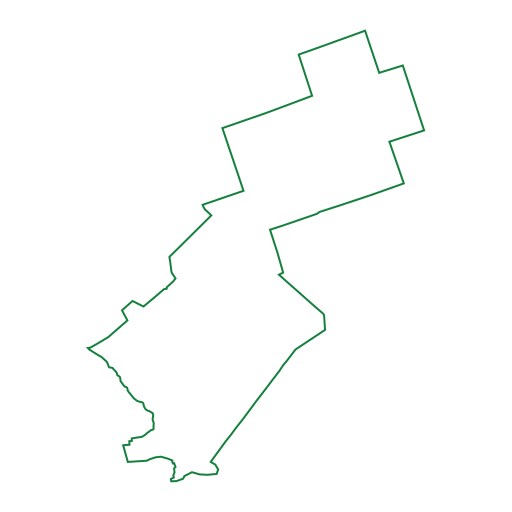 Saelele, Teleorman, Romania (Albers equal-area conic projection)
{"feature_id": "2599482B33376379062775", "entity_name": "Saelele", "entity_type": "district", "adm_level": 2, "iso_a3": "ROU", "parent_name": "Romania", "parent_adm1": "Teleorman", "projection": "albers", "projection_center": [24.736, 43.872], "detail": "fine", "context": "isolated", "style": "outline", "palette": "green", "viewbox_px": 512, "rotation_deg": 0, "n_neighbors": 0, "source": "geoboundaries", "source_scale": "gbopen_adm2", "svg_char_len": 2629}
<svg xmlns="http://www.w3.org/2000/svg" viewBox="0 0 512 512"><path d="M123.2,445.3L127.8,461.9L131.8,461.7L137.4,461.3L141.3,461.1L146.9,460.7L148.4,459.9L148.6,459.8L150.0,459.1L153.2,458.1L155.6,457.3L161.0,456.7L167.7,458.6L172.4,460.5L172.2,461.8L173.0,463.5L174.1,463.2L175.5,466.9L174.1,468.4L174.5,472.6L173.3,475.4L173.8,477.5L170.8,479.1L171.3,481.3L176.5,481.1L183.1,478.7L184.4,476.1L185.2,475.7L192.0,472.2L199.7,474.4L207.7,474.8L213.8,474.2L214.0,474.2L215.5,474.1L216.5,474.0L216.8,473.4L218.2,469.5L215.3,464.6L210.7,461.9L225.7,441.3L230.7,435.1L236.2,427.6L242.1,420.2L247.1,413.5L256.8,400.4L259.7,396.7L263.1,392.3L269.2,384.3L273.4,378.7L276.1,375.2L279.6,370.6L282.8,365.7L287.0,360.6L295.5,349.5L325.0,329.9L325.0,329.5L324.1,315.2L323.2,313.7L313.2,305.1L304.1,297.0L278.9,274.7L279.2,274.5L283.1,272.7L282.7,271.0L277.3,252.2L270.3,230.6L270.0,229.7L280.9,226.2L304.2,218.2L316.7,213.9L319.5,212.0L319.6,211.9L320.6,211.6L334.9,207.0L338.1,206.0L363.6,197.5L372.0,194.7L394.0,186.9L403.8,183.4L389.4,141.7L423.5,130.6L424.1,130.4L413.0,96.6L402.8,65.5L379.2,72.8L368.5,41.0L365.1,30.7L320.3,46.9L299.7,54.2L298.7,54.6L311.6,94.3L312.1,95.8L266.6,112.8L244.4,120.5L222.7,128.0L222.4,128.1L243.2,189.9L243.5,190.8L203.2,204.6L202.6,204.9L203.8,207.6L205.3,209.9L206.5,210.8L211.3,215.4L182.6,243.9L169.7,256.6L169.4,257.0L170.1,261.2L170.2,261.7L171.4,271.6L172.0,273.2L175.5,278.4L173.4,281.2L170.8,283.6L167.3,286.8L166.7,287.3L166.7,288.7L163.9,289.2L155.4,296.6L143.5,306.5L132.5,301.0L123.7,308.8L122.0,310.3L126.1,317.9L127.4,320.4L108.3,337.1L96.4,344.2L90.2,347.7L87.9,348.0L88.5,348.7L89.5,349.7L91.0,350.6L92.7,351.7L98.3,355.2L101.4,356.9L102.5,357.9L103.6,358.9L106.7,361.7L107.9,364.1L108.7,366.6L108.9,367.0L109.5,367.4L111.7,367.7L112.5,367.9L113.4,369.1L115.0,370.7L115.9,371.6L116.8,373.0L117.2,374.7L117.5,375.3L119.3,376.4L119.8,376.9L120.3,378.5L120.5,380.5L120.7,381.4L121.4,382.3L124.0,385.8L124.5,386.5L126.2,387.0L127.2,387.9L127.5,389.1L127.6,390.3L128.6,391.9L130.2,393.8L132.2,396.3L133.8,398.3L137.1,400.9L140.2,402.0L142.0,402.2L143.0,402.9L143.4,403.8L143.9,406.1L144.5,407.5L145.0,408.3L145.9,409.6L146.8,410.1L147.8,410.7L149.2,411.1L150.5,411.8L152.0,412.8L152.8,413.4L153.2,414.7L153.0,417.1L152.6,418.8L152.8,420.0L152.9,420.8L153.3,421.5L153.7,422.9L153.6,425.6L153.5,426.7L153.6,428.1L153.6,428.9L153.2,429.4L152.2,429.8L151.0,430.2L149.6,431.2L147.4,432.8L145.9,434.2L144.6,435.2L144.0,435.6L142.0,436.8L136.8,437.6L133.6,438.1L131.7,438.5L131.9,440.9L129.3,441.2L129.5,444.7L126.4,445.0L124.6,445.1L123.2,445.3Z" fill="none" stroke="#15803d" stroke-width="2"/></svg>